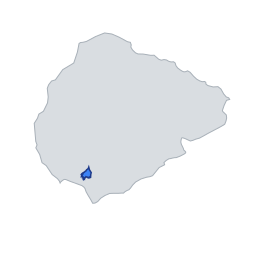 location of Enrique Martínez, Treinta y Tres, Uruguay, rotated 110°
{"feature_id": "84410073B18985772517104", "entity_name": "Enrique Martínez", "entity_type": "district", "adm_level": 2, "iso_a3": "URY", "parent_name": "Uruguay", "parent_adm1": "Treinta y Tres", "projection": "orthographic", "projection_center": [-53.826, -33.156], "detail": "fine", "context": "in_parent", "style": "filled", "palette": "blue", "viewbox_px": 256, "rotation_deg": 110, "n_neighbors": 0, "source": "geoboundaries", "source_scale": "gbopen_adm2", "svg_char_len": 3422}
<svg xmlns="http://www.w3.org/2000/svg" viewBox="0 0 256 256"><g transform="rotate(110 128 128)"><path d="M202.9,173.0L201.3,174.4L199.7,177.0L197.7,183.3L191.3,192.0L190.0,196.9L183.0,202.0L178.2,207.8L175.0,207.7L172.1,210.1L155.7,217.7L149.7,216.4L145.4,216.5L141.2,213.2L131.9,212.2L126.1,213.6L118.4,217.4L116.0,217.4L114.3,217.3L110.0,215.9L107.6,212.7L95.5,209.3L85.5,201.2L74.0,201.5L65.3,202.9L63.9,201.8L62.9,199.7L60.9,196.7L53.0,189.6L46.7,182.5L45.2,175.3L45.7,167.4L47.1,158.0L46.7,155.1L48.8,153.4L51.0,153.0L53.1,150.5L54.8,146.7L55.0,144.0L53.3,138.9L52.0,131.8L50.7,128.3L52.9,122.6L52.9,119.9L51.4,117.6L50.9,115.1L51.4,112.6L51.2,110.1L50.2,107.8L50.8,105.9L53.0,104.3L54.6,101.9L55.6,98.7L56.1,96.2L56.1,94.6L55.3,93.0L53.9,91.6L54.4,88.7L56.9,84.2L58.6,80.2L59.2,76.8L59.1,74.0L58.1,72.0L58.4,70.6L60.1,69.7L60.8,67.5L60.3,62.0L58.4,57.6L59.6,54.0L63.3,49.7L65.2,46.3L65.2,43.7L66.4,42.2L68.3,44.9L73.8,45.4L79.2,45.3L80.1,44.6L82.1,40.1L84.9,38.7L88.0,38.3L91.4,38.4L95.0,41.3L105.4,50.7L113.0,57.3L115.3,60.5L117.4,62.8L118.9,65.0L118.4,70.8L118.5,73.3L118.9,74.1L120.6,74.1L123.1,73.6L125.1,72.3L126.8,70.5L128.4,68.9L129.6,68.1L130.1,66.8L130.8,65.6L131.6,65.3L133.1,66.2L136.6,69.4L139.3,72.5L140.0,74.2L141.1,76.0L142.2,77.6L143.0,79.1L145.6,81.1L148.2,82.4L150.0,81.0L154.5,85.2L164.4,88.6L166.2,90.7L167.9,93.7L171.4,98.3L176.2,102.4L180.0,104.1L183.6,105.1L185.7,106.0L187.1,107.6L189.3,109.3L190.7,109.9L191.2,111.4L192.7,114.8L194.2,119.0L195.8,122.9L199.3,126.6L203.3,129.6L207.5,131.3L209.8,133.3L210.8,135.4L208.0,138.6L204.9,142.5L202.2,145.6L199.5,147.8L198.6,149.3L197.9,151.6L197.9,164.0L197.7,168.6L197.9,169.8L198.3,170.6L200.0,171.8L202.0,172.9L202.9,173.0Z" fill="#d9dde1" stroke="#a8b0b8" stroke-width="1"/><path d="M182.5,147.3L180.4,150.0L178.2,151.5L178.6,151.5L179.5,151.5L180.4,151.9L181.4,152.6L182.1,152.8L182.9,152.9L183.3,153.4L184.7,154.0L184.8,154.4L185.1,154.6L185.3,154.7L185.4,154.8L185.5,154.9L185.7,154.7L185.8,154.7L186.0,154.7L185.9,154.9L185.9,155.0L186.0,155.1L186.1,154.9L186.3,154.8L186.3,155.1L186.6,155.3L186.8,155.4L186.8,155.7L186.9,155.8L187.2,155.8L187.4,155.9L187.4,155.7L187.5,155.7L187.7,155.4L187.8,155.3L187.8,155.2L187.9,154.9L188.0,154.9L188.1,155.0L188.1,155.3L188.2,155.5L188.3,155.5L188.4,155.4L188.4,155.2L188.5,155.0L188.6,154.9L188.6,155.0L188.8,155.0L189.0,155.1L189.0,154.9L189.2,154.7L189.3,154.7L189.3,154.8L189.4,155.0L189.4,154.9L189.5,154.9L189.4,154.8L189.4,154.7L189.4,154.4L189.5,154.3L189.5,154.2L189.4,154.2L189.2,154.2L189.2,153.9L189.3,153.8L189.5,153.8L189.7,153.7L189.7,153.4L189.6,153.2L189.5,152.9L189.8,152.8L189.9,152.7L190.0,152.7L190.3,152.7L190.4,152.8L190.4,152.7L190.5,152.7L190.6,152.4L190.8,152.4L191.0,152.4L191.2,152.2L191.3,152.0L191.4,152.3L191.5,152.4L191.8,152.4L191.9,152.2L191.7,152.0L191.7,151.9L191.4,151.7L191.2,151.8L190.8,151.7L190.7,151.7L190.6,152.0L190.5,151.9L190.4,151.8L190.3,152.1L190.2,152.2L189.9,152.0L190.0,151.7L189.7,151.6L189.3,151.2L188.5,150.9L188.1,150.9L188.1,150.3L188.3,150.2L188.2,149.8L188.2,149.7L188.0,149.1L188.2,148.9L188.4,148.8L188.4,148.5L188.5,148.3L188.4,148.0L188.3,147.8L188.2,147.7L188.0,147.9L187.7,147.8L187.4,147.6L187.6,147.2L187.8,146.9L187.6,146.7L187.4,146.6L187.2,146.3L186.8,146.3L186.7,146.5L186.4,146.7L186.1,146.8L185.6,146.7L184.7,147.1L184.3,147.1L183.8,147.1L182.9,147.3L182.5,147.3Z" fill="#3b82f6" stroke="#1e3a8a" stroke-width="1.5"/></g></svg>